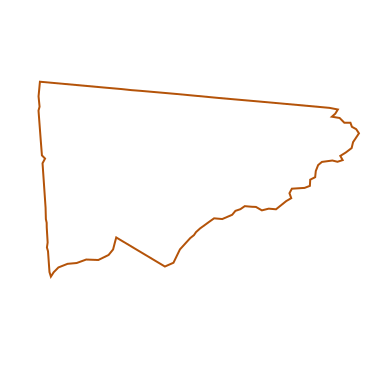 Santa Terezinha de Itaipu, Paraná, Brazil, rotated 95°
{"feature_id": "56859067B53471345312520", "entity_name": "Santa Terezinha de Itaipu", "entity_type": "district", "adm_level": 2, "iso_a3": "BRA", "parent_name": "Brazil", "parent_adm1": "Paraná", "projection": "robinson", "projection_center": [-54.414, -25.439], "detail": "fine", "context": "isolated", "style": "outline", "palette": "amber", "viewbox_px": 384, "rotation_deg": 95, "n_neighbors": 0, "source": "geoboundaries", "source_scale": "gbopen_adm2", "svg_char_len": 1145}
<svg xmlns="http://www.w3.org/2000/svg" viewBox="0 0 384 384"><g transform="rotate(95 192 192)"><path d="M288.6,325.2L284.0,322.8L278.8,318.5L274.4,309.7L272.8,300.7L268.5,291.5L267.9,279.4L262.0,269.6L256.1,265.6L248.3,264.3L243.9,263.5L268.6,212.5L264.1,204.3L250.2,199.0L242.2,192.9L238.0,189.7L234.8,186.3L231.6,184.5L227.6,180.8L220.3,172.4L216.3,167.7L216.3,159.5L211.2,150.0L207.0,147.1L204.9,142.3L201.5,138.2L201.5,131.4L201.3,127.0L204.2,120.8L201.9,114.1L201.9,106.8L192.8,97.3L189.5,92.6L184.7,94.8L180.0,92.8L178.1,80.2L175.6,75.1L169.4,75.3L166.5,70.6L160.3,70.5L154.2,68.7L150.7,65.2L148.4,54.9L149.2,49.7L147.1,44.7L143.1,47.4L139.3,42.3L134.3,36.8L128.3,35.9L119.0,30.8L115.1,33.9L113.1,38.4L109.2,40.2L109.7,46.3L105.4,51.4L104.8,59.2L101.5,56.1L97.1,53.9L96.2,62.4L96.0,133.6L96.0,153.9L96.0,173.3L95.7,216.0L95.7,232.1L95.7,251.9L95.8,261.4L95.6,270.7L95.6,288.9L95.4,353.1L110.1,353.2L120.3,351.3L124.3,352.0L153.6,347.2L168.6,344.7L171.5,341.3L176.4,343.4L220.4,336.5L231.8,335.2L235.3,334.1L240.1,333.6L254.9,331.4L259.9,331.7L263.5,330.3L284.2,327.0L288.6,325.2Z" fill="none" stroke="#b45309" stroke-width="2"/></g></svg>